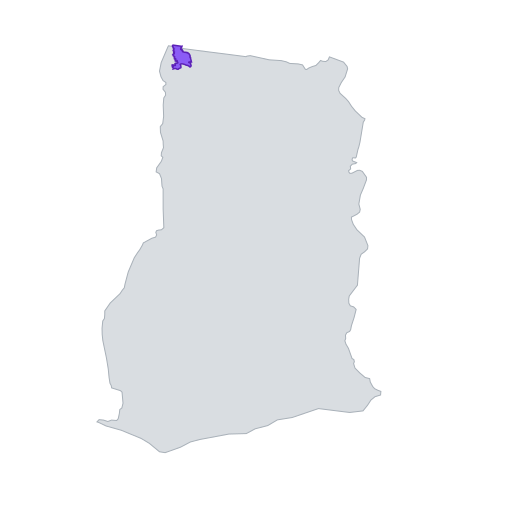 Lambussie-karni, Upper West, Ghana (highlighted), rotated 8°
{"feature_id": "2480657B9523556036154", "entity_name": "Lambussie-karni", "entity_type": "district", "adm_level": 2, "iso_a3": "GHA", "parent_name": "Ghana", "parent_adm1": "Upper West", "projection": "orthographic", "projection_center": [-2.645, 10.837], "detail": "fine", "context": "in_parent", "style": "filled", "palette": "violet", "viewbox_px": 512, "rotation_deg": 8, "n_neighbors": 0, "source": "geoboundaries", "source_scale": "gbopen_adm2", "svg_char_len": 6305}
<svg xmlns="http://www.w3.org/2000/svg" viewBox="0 0 512 512"><g transform="rotate(8 256 256)"><path d="M315.7,51.8L319.8,55.6L320.7,57.9L319.3,66.3L316.4,72.2L314.5,77.7L314.8,80.5L316.6,83.2L322.9,87.5L326.1,90.2L329.8,94.5L334.2,98.6L341.6,103.9L344.8,104.9L344.6,106.4L343.6,108.5L343.1,128.7L342.6,133.9L342.1,136.5L341.5,144.1L340.7,145.2L339.3,145.1L338.0,145.4L337.7,146.9L338.2,148.4L342.7,149.5L341.8,150.6L338.5,151.7L336.9,154.0L337.6,156.6L335.8,158.7L336.4,160.1L337.5,161.1L339.4,160.7L344.6,157.1L346.8,156.7L349.5,157.4L354.5,162.7L354.8,165.3L352.8,174.2L350.9,181.1L350.6,190.2L352.7,195.3L352.5,198.1L350.2,200.6L345.1,204.2L345.5,206.6L347.9,211.1L352.3,216.0L360.8,222.1L365.4,230.2L365.5,233.4L362.9,236.8L359.9,239.6L358.9,243.8L360.5,270.8L353.9,282.6L353.8,285.9L354.5,289.8L356.3,292.2L359.8,292.8L362.6,295.0L361.7,303.2L360.2,311.7L360.0,315.7L359.2,317.7L356.6,319.3L355.6,321.9L356.3,325.2L355.8,327.6L357.3,330.7L360.4,334.6L365.4,344.2L367.3,344.9L368.1,347.0L367.6,348.9L369.6,353.2L375.1,357.4L380.9,361.1L385.6,361.6L386.7,364.9L389.8,369.1L392.0,370.9L395.6,372.1L398.5,372.7L398.7,376.3L393.4,378.8L389.9,382.6L387.2,388.3L383.5,394.5L370.6,397.9L365.7,398.0L339.1,398.4L314.3,410.9L300.0,415.3L291.2,422.3L279.3,427.2L271.1,433.2L253.9,436.1L225.7,445.6L216.9,449.3L207.9,455.8L193.4,463.4L187.7,463.3L176.3,456.3L167.8,452.7L146.8,447.3L131.2,445.2L123.7,442.8L121.6,442.4L123.4,439.9L127.7,439.7L132.3,440.5L135.8,438.6L140.9,438.3L142.2,436.3L142.6,431.1L142.5,427.0L144.3,425.2L144.8,420.3L142.3,409.5L140.5,408.2L131.4,406.7L130.7,404.5L129.1,402.3L127.4,396.7L125.4,388.4L122.2,378.1L116.1,361.1L114.6,355.1L113.6,349.0L113.3,341.7L114.6,339.0L114.4,335.2L113.9,331.4L118.2,322.8L126.6,312.2L128.4,308.4L130.0,305.8L130.2,302.0L131.7,289.6L135.7,274.7L138.3,269.1L140.0,266.0L142.0,261.0L142.6,258.7L150.4,252.9L153.9,251.3L154.7,249.0L153.5,246.5L154.0,244.8L155.9,243.9L158.7,243.2L160.8,240.8L157.5,222.4L154.9,204.0L154.7,202.5L153.2,199.9L151.6,192.4L149.0,187.9L145.4,186.6L145.4,182.5L149.1,175.4L150.0,171.2L148.2,170.0L148.0,166.8L149.3,161.6L148.6,158.4L148.0,155.0L144.2,146.9L143.2,141.2L145.2,137.9L145.1,130.6L143.1,119.4L142.7,112.3L144.1,109.3L143.5,106.5L140.7,103.8L140.5,101.2L142.9,98.7L142.6,96.7L139.6,95.3L137.0,91.8L134.7,86.4L135.2,77.6L139.6,61.4L140.1,60.0L145.1,60.1L145.1,60.8L160.5,60.7L178.2,60.5L199.2,60.2L218.4,60.0L219.2,59.3L222.4,58.4L241.7,59.9L253.8,59.0L259.0,59.5L262.7,60.6L271.1,59.9L275.5,60.3L278.9,64.3L280.3,64.2L282.1,62.5L285.5,60.5L288.8,59.0L291.2,55.8L292.7,53.4L294.9,53.9L298.1,53.7L300.2,51.7L301.0,48.6L315.7,51.8Z" fill="#d9dde1" stroke="#a8b0b8" stroke-width="1"/><path d="M165.3,76.7L165.1,76.2L164.9,75.8L164.8,75.6L164.7,75.4L164.7,75.1L164.5,74.8L164.4,74.6L164.3,74.4L163.8,74.0L163.7,73.8L163.4,73.7L163.2,73.6L162.9,73.8L162.7,73.8L162.5,73.7L162.5,73.4L162.8,73.1L163.0,73.1L163.2,73.3L163.3,73.3L163.4,73.2L163.8,73.0L164.1,72.9L164.5,72.9L164.9,72.9L165.0,72.9L164.9,72.7L165.0,72.6L164.9,72.4L164.7,72.1L164.7,71.9L164.5,71.7L164.5,71.2L164.3,70.8L164.2,70.7L164.0,70.2L163.9,70.0L163.9,69.9L163.8,69.7L163.7,69.4L163.7,69.2L163.7,68.9L163.4,68.8L163.1,68.6L163.0,68.3L163.1,67.8L162.9,67.4L162.7,67.2L162.8,66.9L162.8,66.6L162.4,66.1L161.7,65.2L161.3,64.9L160.8,64.9L160.7,64.8L160.4,64.6L160.3,64.3L160.2,64.1L159.9,64.1L159.7,64.1L159.4,64.2L159.4,64.3L159.1,64.3L158.9,64.1L158.7,64.0L158.3,64.1L158.0,64.0L157.9,64.0L157.6,64.2L157.3,64.2L157.1,64.2L156.7,64.2L156.3,64.1L156.0,64.0L155.7,64.0L155.5,63.9L155.3,64.0L154.9,63.8L154.9,63.6L155.0,63.2L154.8,62.9L154.7,62.8L154.7,62.7L154.4,62.6L154.1,62.7L154.0,62.3L154.1,62.0L153.9,61.9L153.7,62.0L153.0,62.0L152.8,62.0L152.7,61.9L152.7,61.7L152.6,61.4L152.7,61.1L152.8,60.9L152.7,60.9L152.7,60.6L152.6,60.3L152.7,60.0L152.8,59.8L152.9,59.7L153.3,59.5L153.5,59.2L153.5,58.6L153.3,58.7L153.0,58.7L146.8,58.7L144.9,58.7L144.6,58.7L144.5,58.8L144.4,58.9L144.3,59.0L144.1,59.1L144.0,59.4L144.0,59.5L144.1,59.8L144.3,60.2L144.5,60.2L144.8,60.4L144.9,60.6L144.9,60.8L145.0,61.0L144.9,61.1L145.0,61.3L145.4,61.7L145.4,61.9L145.5,61.9L145.4,62.0L145.4,62.3L145.5,62.6L145.5,62.8L145.6,63.0L145.8,63.1L145.9,63.4L146.1,63.4L146.1,63.5L145.9,63.9L145.7,64.1L145.5,64.3L145.9,64.5L146.1,64.6L146.2,66.3L146.4,66.1L146.8,65.8L146.9,67.1L146.3,67.4L146.1,67.5L145.8,67.8L145.7,68.0L146.0,68.0L146.1,69.2L146.4,69.3L146.6,69.4L146.9,69.5L147.0,69.5L147.4,69.7L147.5,69.8L147.3,70.1L147.5,70.3L147.8,70.4L147.8,70.5L147.7,70.8L147.5,71.0L147.7,71.4L147.6,71.5L147.8,72.1L148.0,72.1L148.7,71.9L149.0,71.9L149.1,72.0L149.2,72.3L149.2,72.5L149.2,72.8L149.0,73.0L149.3,73.1L149.2,73.1L149.1,73.3L149.1,73.5L149.0,73.8L148.9,74.1L149.1,74.2L149.3,74.2L149.5,74.1L149.8,73.9L150.1,73.9L150.7,73.6L150.8,73.8L150.9,74.1L151.0,74.2L150.9,74.3L150.8,74.5L151.0,74.8L151.1,75.0L151.3,75.2L151.2,75.2L151.3,75.3L151.4,75.5L151.2,75.9L151.1,76.0L150.9,76.2L150.7,76.2L150.4,76.3L150.2,76.4L149.9,76.4L149.5,76.4L149.3,76.3L149.1,76.4L148.9,76.3L148.7,76.2L148.8,76.3L148.9,76.5L149.0,77.0L149.1,77.3L149.3,77.5L149.4,77.8L149.5,78.1L149.6,78.3L149.6,78.5L149.4,78.6L149.2,78.6L148.9,78.5L148.8,78.4L148.7,78.4L148.6,78.5L148.4,78.4L148.2,78.4L148.2,78.5L148.2,78.8L147.9,78.9L147.9,78.7L147.7,78.5L147.6,78.4L147.4,78.3L147.2,78.5L146.9,78.7L146.7,78.5L146.6,78.4L146.3,78.6L146.4,78.8L146.5,78.9L146.5,79.1L146.7,79.3L146.7,79.6L146.7,79.9L146.8,79.9L146.8,80.1L146.8,80.3L146.9,80.5L147.0,80.6L147.3,80.5L147.3,80.3L147.5,80.2L147.4,80.4L147.4,80.5L147.4,80.9L147.5,81.0L147.8,81.4L147.9,81.5L148.0,81.6L148.1,81.9L148.1,82.0L148.0,82.3L148.3,82.2L148.6,82.0L149.2,81.7L149.8,81.6L150.6,81.5L150.9,81.7L151.1,81.7L151.4,81.8L151.7,82.0L151.8,82.0L152.5,82.0L153.0,81.9L153.2,81.6L153.5,81.3L153.5,81.2L154.3,80.7L154.5,80.5L154.8,80.4L155.3,80.1L155.4,79.9L155.4,79.7L155.3,79.2L155.2,78.8L155.2,78.5L155.2,78.4L155.1,78.2L154.9,78.0L154.9,77.9L154.9,77.7L154.7,77.3L154.6,77.2L154.4,77.0L154.3,76.8L154.5,76.6L154.8,76.4L155.0,76.2L156.0,76.0L156.5,76.0L156.8,76.0L159.1,76.3L160.0,76.7L161.8,76.8L162.3,77.0L162.6,77.1L162.9,77.2L163.1,77.3L163.3,77.3L163.4,77.5L163.7,77.7L163.8,77.7L163.9,77.8L164.3,78.0L164.4,77.9L164.5,77.9L164.8,77.7L164.9,77.4L165.1,77.1L165.2,76.8L165.3,76.7L165.3,76.7Z" fill="#8b5cf6" stroke="#5b21b6" stroke-width="1.5"/></g></svg>